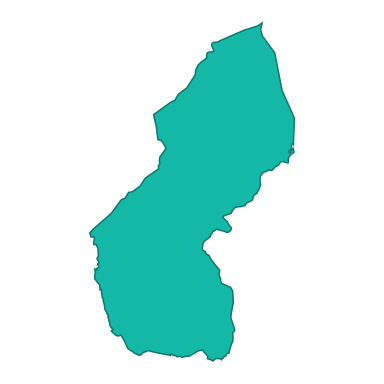 Tominian, Ségou, Mali
{"feature_id": "8926073B14979931376640", "entity_name": "Tominian", "entity_type": "district", "adm_level": 2, "iso_a3": "MLI", "parent_name": "Mali", "parent_adm1": "Ségou", "projection": "robinson", "projection_center": [-4.333, 13.322], "detail": "fine", "context": "isolated", "style": "filled", "palette": "teal", "viewbox_px": 384, "rotation_deg": 0, "n_neighbors": 0, "source": "geoboundaries", "source_scale": "gbopen_adm2", "svg_char_len": 4383}
<svg xmlns="http://www.w3.org/2000/svg" viewBox="0 0 384 384"><path d="M262.1,23.0L257.4,26.0L244.3,30.1L220.4,40.5L217.5,42.1L213.3,42.5L211.9,43.7L211.6,45.6L212.4,47.1L213.7,50.2L213.4,51.5L211.8,52.0L209.2,52.0L207.6,52.6L206.6,54.7L206.6,56.4L206.4,58.2L201.3,62.0L198.2,65.0L195.6,70.3L195.2,74.8L186.7,88.0L178.4,94.2L174.9,100.3L170.6,102.3L168.0,104.2L153.6,114.6L156.4,127.4L157.9,139.6L161.2,140.4L163.1,143.0L166.0,148.5L159.8,157.1L159.4,160.7L159.8,163.8L158.3,165.8L158.7,168.8L145.4,178.0L140.2,185.9L132.5,191.7L128.5,192.5L125.2,198.1L121.3,199.7L111.9,212.5L111.2,213.5L93.4,228.9L89.6,233.1L90.2,234.1L91.0,237.0L93.8,236.9L94.5,238.7L93.5,243.4L93.7,244.1L94.0,244.7L96.1,244.4L97.9,248.4L98.3,255.8L97.4,257.7L97.0,258.4L97.2,259.3L98.0,260.6L98.8,262.0L98.8,263.2L97.7,264.1L98.9,267.1L96.7,268.5L96.9,269.7L94.7,269.0L95.4,272.2L94.8,274.7L94.7,278.6L97.8,282.9L99.6,284.6L99.9,289.8L101.4,289.5L101.5,292.1L102.3,297.7L103.6,299.2L103.1,300.4L103.4,301.3L104.7,306.5L104.6,308.6L106.1,311.5L107.0,313.9L108.0,314.6L108.5,315.4L107.7,316.4L108.6,318.7L109.1,321.8L109.9,322.7L109.6,324.7L111.7,328.2L112.7,328.4L113.3,329.7L111.5,330.6L111.8,331.7L114.3,333.9L115.8,335.2L117.4,335.9L118.7,335.9L120.9,335.0L124.8,341.7L127.8,348.6L132.7,351.7L134.2,353.0L137.0,354.4L139.9,355.5L143.4,352.5L148.1,350.6L155.8,352.5L170.4,355.4L170.3,354.8L170.4,354.3L170.7,354.0L171.7,353.9L172.4,354.8L173.0,355.1L174.2,355.5L175.2,355.5L176.1,355.7L176.2,355.8L176.4,356.1L177.1,356.8L177.9,356.9L178.8,356.3L179.2,356.1L180.4,356.3L181.3,357.1L181.9,357.3L183.4,356.9L185.1,356.5L188.1,356.1L189.0,356.2L190.4,355.3L193.6,353.8L194.9,352.9L195.8,352.3L198.3,350.9L202.4,350.0L202.9,350.3L203.7,351.7L205.8,354.1L207.3,355.7L207.7,356.2L207.5,357.4L207.6,358.7L208.3,359.0L209.9,359.4L211.3,359.9L211.5,359.9L212.2,360.6L212.9,361.0L213.8,360.3L214.8,359.4L215.2,359.1L216.0,358.6L217.9,358.5L218.9,358.8L219.5,358.7L220.0,358.7L220.9,359.1L221.3,359.7L222.3,358.7L223.3,358.1L223.9,356.9L224.7,356.4L225.8,356.0L226.2,355.2L226.5,354.3L226.6,354.0L227.7,353.4L228.2,353.4L228.8,353.4L229.1,352.8L229.2,352.1L229.5,351.0L230.0,348.9L230.3,348.0L231.3,344.6L232.3,342.2L232.8,341.1L233.0,340.3L232.9,334.1L232.7,332.8L233.7,332.0L234.4,330.9L234.7,329.4L231.2,318.8L230.8,317.4L231.1,315.0L231.4,312.8L233.0,304.0L233.4,303.1L232.9,295.2L232.6,291.3L232.4,290.3L231.2,288.5L230.6,287.2L227.9,286.2L221.8,283.3L221.7,283.3L221.3,282.8L221.2,282.4L220.6,280.5L220.6,278.5L219.7,276.9L219.6,276.5L219.1,275.1L219.2,273.4L219.7,271.0L219.4,269.9L216.3,266.2L212.5,261.3L211.2,259.6L210.3,257.9L209.5,256.2L208.8,255.2L207.4,254.6L206.5,254.2L206.0,253.5L205.9,253.0L205.6,252.1L204.8,251.1L203.6,250.7L202.6,249.9L202.3,248.7L202.6,246.2L202.9,244.4L203.4,242.5L204.3,241.3L205.4,240.5L206.5,239.4L208.0,238.7L208.9,237.5L210.2,236.6L210.7,235.6L210.9,234.4L210.9,234.1L212.3,233.0L212.8,231.8L213.6,231.0L214.8,230.8L215.6,229.9L216.5,229.2L218.8,229.9L221.8,230.7L224.3,231.2L224.7,231.4L225.7,232.0L226.9,232.4L228.2,232.1L229.6,231.5L230.8,230.2L231.5,228.4L230.7,226.8L229.3,225.6L227.5,222.0L225.7,220.0L224.0,218.6L223.3,217.7L223.2,217.6L222.8,217.1L223.1,216.5L224.4,215.7L226.3,215.0L227.1,214.8L230.5,213.5L231.3,213.0L232.5,210.6L233.7,208.9L234.0,208.5L235.4,207.4L238.0,206.8L241.7,206.5L243.9,205.9L244.9,205.5L245.3,205.1L246.1,203.7L247.1,202.7L249.1,201.8L249.6,201.6L251.4,200.8L252.5,199.8L253.0,197.9L253.4,196.4L254.6,194.7L255.4,194.3L257.0,193.2L257.5,191.7L258.7,189.7L259.6,188.3L259.8,187.0L260.3,185.7L260.6,184.0L260.3,182.5L260.0,180.6L260.2,177.6L260.8,175.6L261.9,173.8L262.9,172.9L263.7,172.2L265.3,171.6L266.5,171.5L267.6,170.3L268.7,170.2L268.8,170.2L270.2,170.1L271.2,170.6L272.4,170.0L274.3,168.0L275.6,166.5L277.8,165.7L279.1,164.3L279.7,163.4L280.7,161.9L281.9,161.6L284.0,161.7L284.8,162.3L286.6,162.6L287.7,162.9L288.3,162.8L288.4,161.7L288.3,158.6L288.8,157.2L290.2,155.3L290.9,154.5L292.3,153.5L292.9,153.1L293.1,153.0L293.5,152.6L294.0,152.0L293.6,150.4L293.6,150.2L293.2,148.7L293.0,148.3L292.9,148.4L292.5,148.6L291.9,149.5L291.1,150.9L290.5,152.1L289.9,152.7L289.3,152.7L288.8,151.9L288.7,151.2L289.7,150.4L290.8,149.4L291.4,148.6L291.7,147.7L291.3,145.7L291.7,144.5L292.2,143.9L292.8,143.6L293.4,144.6L294.4,118.1L282.1,90.5L274.7,52.8L262.5,36.2L260.7,29.7L262.1,23.0Z" fill="#14b8a6" stroke="#0f766e" stroke-width="1.5"/></svg>